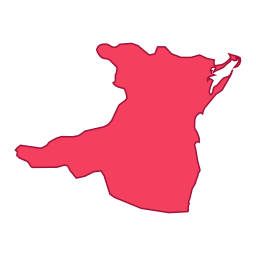 the County of Constanta
{"feature_id": "ROU-133", "entity_name": "Constanta", "entity_type": "County", "adm_level": 1, "iso_a3": "ROU", "parent_name": "Romania", "parent_adm1": "", "projection": "robinson", "projection_center": [28.37, 44.259], "detail": "fine", "context": "isolated", "style": "filled", "palette": "rose", "viewbox_px": 256, "rotation_deg": 0, "n_neighbors": 0, "source": "natural_earth", "source_scale": "10m", "svg_char_len": 2424}
<svg xmlns="http://www.w3.org/2000/svg" viewBox="0 0 256 256"><path d="M32.3,167.4L30.9,166.5L28.4,162.5L26.9,161.2L19.6,158.1L16.8,155.3L17.5,151.7L15.4,150.2L17.0,148.1L18.6,146.8L20.6,145.3L40.4,148.2L42.5,147.6L45.2,146.3L47.5,144.6L48.4,143.1L49.6,141.9L56.5,138.2L61.6,136.6L72.5,136.8L77.8,135.9L80.5,134.5L85.1,131.1L104.0,126.8L108.3,124.5L111.7,120.6L115.5,112.5L118.8,105.5L120.0,104.3L125.4,100.3L126.9,98.3L126.7,95.9L125.9,92.5L124.7,89.6L123.8,88.3L121.3,87.9L118.1,86.9L115.3,85.4L113.6,83.9L113.1,82.6L114.6,82.0L115.4,80.6L115.4,74.8L116.3,73.2L117.0,69.4L117.1,67.9L116.6,66.9L109.8,60.1L107.5,58.9L104.3,58.5L101.8,57.6L99.5,55.4L97.7,52.5L96.7,49.6L97.6,47.4L99.1,45.6L101.1,44.6L103.2,44.2L105.7,44.1L108.2,44.6L112.0,46.9L114.5,47.4L117.2,46.5L119.8,44.3L131.5,43.4L138.0,45.7L143.6,50.4L149.2,55.0L154.8,53.9L157.6,46.9L165.1,46.9L171.6,53.9L180.9,57.4L191.2,57.4L199.6,55.0L207.1,58.5L214.4,60.0L213.9,62.3L214.3,64.9L215.4,65.7L222.2,64.6L225.3,62.9L228.2,60.4L230.8,57.3L229.0,54.0L238.0,56.6L240.1,57.9L240.6,60.7L239.6,64.0L237.4,66.5L234.3,67.4L236.6,64.6L238.7,61.5L239.1,58.9L236.1,57.3L236.1,58.5L237.1,59.7L236.8,60.2L234.3,60.7L232.4,59.6L231.7,59.5L231.1,60.0L230.5,60.7L229.9,61.8L227.4,63.5L223.4,67.3L221.1,68.5L214.8,71.3L213.0,72.8L215.3,69.0L215.7,67.4L213.7,67.1L212.1,67.4L210.9,68.6L210.3,70.7L212.0,70.7L211.2,72.3L211.7,73.6L213.0,74.5L214.8,75.1L209.6,76.5L207.6,78.1L207.6,80.6L208.2,79.8L209.1,79.0L209.5,78.4L211.3,79.3L213.0,80.6L211.9,82.8L210.3,86.9L209.3,91.3L209.9,94.4L211.0,94.7L212.0,93.5L212.8,91.7L213.6,87.9L214.8,86.6L217.5,85.0L221.3,80.3L223.6,78.1L225.9,77.2L228.3,76.6L230.1,74.9L231.3,72.7L232.6,69.6L231.7,72.7L230.6,75.4L222.1,90.1L216.0,94.2L204.3,108.3L203.0,111.9L202.6,113.9L200.9,112.7L198.8,113.5L197.1,114.9L195.8,116.7L195.0,118.7L194.7,121.0L194.5,127.1L195.1,129.1L197.1,132.5L199.0,137.6L199.4,140.0L198.9,141.5L199.8,142.6L198.1,141.6L196.5,142.0L195.2,143.3L194.5,144.9L195.4,147.9L197.6,160.9L199.8,169.3L199.9,170.2L199.5,171.6L198.3,173.1L197.7,176.1L195.9,180.8L195.5,183.0L192.3,188.5L191.8,190.1L189.7,199.0L189.0,200.5L188.5,202.0L189.2,203.5L188.6,205.0L188.3,206.6L188.2,208.3L188.4,210.0L187.8,211.6L169.0,212.6L141.2,208.3L114.4,197.3L110.0,194.2L104.1,175.6L101.0,170.9L93.8,171.7L84.8,176.2L76.3,178.1L71.2,171.9L70.3,170.9L67.8,166.0L64.8,165.0L57.1,167.2L32.3,167.4Z" fill="#f43f5e" stroke="#9f1239" stroke-width="1.5"/></svg>